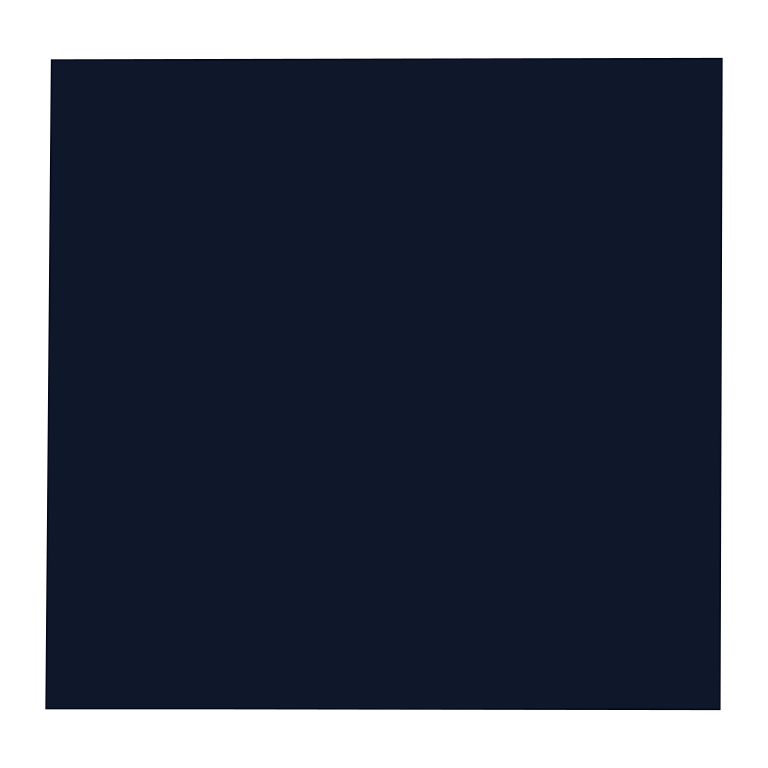 Donley, Texas, United States of America (Mercator projection)
{"feature_id": "52423323B98750800467499", "entity_name": "Donley", "entity_type": "district", "adm_level": 2, "iso_a3": "USA", "parent_name": "United States of America", "parent_adm1": "Texas", "projection": "mercator", "projection_center": [-100.881, 34.965], "detail": "fine", "context": "isolated", "style": "filled", "palette": "ink", "viewbox_px": 768, "rotation_deg": 0, "n_neighbors": 0, "source": "geoboundaries", "source_scale": "gbopen_adm2", "svg_char_len": 198}
<svg xmlns="http://www.w3.org/2000/svg" viewBox="0 0 768 768"><path d="M51.6,60.1L46.1,708.6L224.7,708.6L719.8,709.4L721.9,58.6L51.6,60.1Z" fill="#0f172a" stroke="#020617" stroke-width="1.5"/></svg>